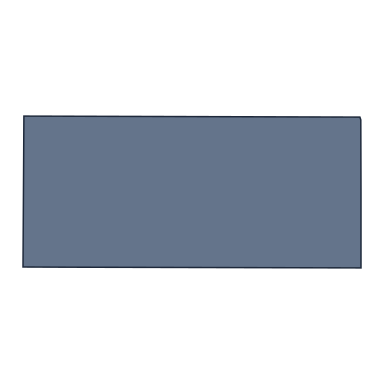 Edmunds, South Dakota, United States of America (Natural Earth projection)
{"feature_id": "52423323B63340184884182", "entity_name": "Edmunds", "entity_type": "district", "adm_level": 2, "iso_a3": "USA", "parent_name": "United States of America", "parent_adm1": "South Dakota", "projection": "natural_earth1", "projection_center": [-99.076, 45.419], "detail": "fine", "context": "isolated", "style": "filled", "palette": "slate", "viewbox_px": 384, "rotation_deg": 0, "n_neighbors": 0, "source": "geoboundaries", "source_scale": "gbopen_adm2", "svg_char_len": 225}
<svg xmlns="http://www.w3.org/2000/svg" viewBox="0 0 384 384"><path d="M361.0,267.9L361.0,192.4L360.8,119.9L359.9,117.1L23.9,116.1L23.0,267.0L69.5,267.2L361.0,267.9Z" fill="#64748b" stroke="#1e293b" stroke-width="1.5"/></svg>